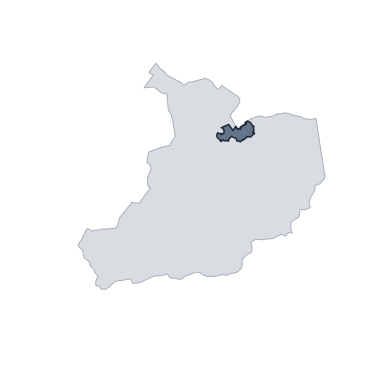 location of Akobo, Jonglei, South Sudan, rotated 306°
{"feature_id": "79223893B55602707979350", "entity_name": "Akobo", "entity_type": "district", "adm_level": 2, "iso_a3": "SSD", "parent_name": "South Sudan", "parent_adm1": "Jonglei", "projection": "orthographic", "projection_center": [33.191, 7.816], "detail": "fine", "context": "in_parent", "style": "filled", "palette": "slate", "viewbox_px": 384, "rotation_deg": 306, "n_neighbors": 0, "source": "geoboundaries", "source_scale": "gbopen_adm2", "svg_char_len": 5881}
<svg xmlns="http://www.w3.org/2000/svg" viewBox="0 0 384 384"><g transform="rotate(306 192 192)"><path d="M293.4,279.8L283.6,289.6L282.9,290.2L281.7,291.0L277.7,291.0L273.6,290.5L269.8,288.0L266.0,290.0L263.6,290.6L262.1,290.8L258.7,291.1L253.9,292.2L251.7,293.5L250.6,294.5L249.6,296.4L249.1,296.6L248.2,296.4L247.0,295.6L244.4,294.5L243.1,292.1L241.9,290.6L241.0,289.8L236.9,292.2L234.9,292.8L233.3,292.7L230.3,291.3L227.1,290.2L225.4,290.2L222.9,291.6L220.0,293.8L218.6,295.9L217.8,297.2L216.8,295.2L215.9,294.0L214.5,293.5L211.8,294.0L211.1,293.3L211.0,291.6L210.6,290.0L209.9,288.9L207.8,287.7L202.4,285.3L198.2,280.5L196.1,278.3L194.6,276.9L192.5,273.2L190.0,270.6L187.0,269.4L185.0,270.0L183.0,272.7L179.1,275.2L177.4,275.3L175.1,273.9L172.3,272.9L167.2,272.4L165.1,273.6L162.3,275.5L160.0,276.7L158.5,276.8L157.2,276.3L155.7,276.0L154.3,276.0L151.6,274.1L150.2,272.8L149.3,271.5L147.8,270.6L146.0,269.9L144.7,268.7L144.1,267.3L143.1,265.5L141.8,263.9L137.7,260.9L136.4,259.1L135.6,257.4L133.9,255.5L132.1,253.0L131.6,249.4L131.5,246.4L131.2,245.1L130.4,243.7L129.5,242.5L128.1,241.2L124.8,239.3L121.3,237.0L119.6,235.7L116.5,235.2L114.6,234.0L113.0,231.2L112.4,229.0L110.9,227.2L110.2,226.0L109.8,224.6L111.2,220.2L109.3,218.7L106.6,216.6L104.7,214.4L103.5,212.4L100.1,209.7L92.5,205.6L88.1,203.0L85.7,200.7L83.7,198.4L83.5,197.5L84.9,195.3L85.1,193.5L84.0,191.5L79.5,187.6L76.0,183.3L73.2,182.0L66.6,180.7L64.8,180.2L62.8,179.4L60.9,177.4L60.2,175.2L61.3,171.7L60.7,170.6L59.6,170.2L59.9,169.5L61.2,167.8L63.3,166.7L68.8,165.1L69.1,164.4L69.3,162.2L69.7,161.1L71.7,158.1L72.0,156.9L72.1,154.3L72.4,153.0L73.0,152.2L74.5,150.7L75.1,149.8L75.3,147.8L75.3,143.8L76.1,142.3L79.6,138.7L80.6,137.1L80.9,135.7L80.9,134.2L81.2,132.8L82.2,131.4L83.1,131.0L85.6,130.6L87.4,130.9L99.5,128.7L100.9,129.0L101.5,130.5L101.4,132.8L101.6,134.0L102.2,134.8L104.1,135.9L105.4,137.8L106.1,138.5L108.0,139.8L116.8,150.6L119.3,151.6L121.8,151.3L126.7,149.1L129.2,148.6L146.4,149.5L148.3,149.2L151.0,154.6L152.2,155.8L171.1,156.1L170.7,154.6L171.0,152.9L174.4,149.7L174.8,149.3L177.8,147.7L180.6,146.7L186.1,145.6L188.1,143.6L189.3,141.9L189.3,138.4L190.1,137.9L191.4,137.1L197.7,134.0L198.8,133.4L210.0,140.7L216.2,146.4L216.6,146.7L216.9,146.8L217.2,146.6L217.5,146.3L218.3,146.1L221.0,146.0L226.1,145.8L227.7,145.1L238.0,135.0L240.6,131.7L241.3,131.1L242.8,128.8L244.4,124.8L244.7,124.3L255.9,114.8L256.3,114.1L256.4,113.5L254.7,110.3L254.3,108.7L254.3,106.1L254.6,102.2L254.5,99.8L254.4,99.1L248.1,92.0L263.8,91.9L263.8,91.0L263.8,90.8L263.5,89.9L263.3,88.8L263.3,88.2L263.4,87.6L263.4,87.3L263.4,87.0L263.4,86.9L274.7,86.9L274.6,88.9L273.2,93.6L273.2,96.4L272.9,99.6L272.5,100.5L271.9,101.3L271.7,101.6L271.7,102.0L274.1,119.9L273.9,120.6L273.3,121.7L273.1,122.1L273.1,122.4L273.3,122.6L278.5,124.5L278.8,124.6L279.0,124.8L280.9,127.1L291.2,135.5L291.5,136.0L292.6,138.6L292.7,139.0L292.7,139.7L292.7,140.2L292.5,141.8L292.5,142.5L292.7,143.0L292.9,143.5L292.8,144.1L291.2,147.2L290.8,149.4L290.6,151.2L290.7,152.3L290.9,152.9L291.0,153.2L291.2,153.3L295.6,153.3L295.6,154.3L296.2,170.5L296.2,172.3L296.1,174.5L295.5,175.4L294.3,176.7L292.7,177.9L288.7,178.2L285.3,178.2L283.0,177.9L279.7,177.8L276.7,178.1L275.5,179.1L271.5,187.6L270.2,189.8L269.9,191.0L270.3,191.8L271.9,192.9L275.3,194.4L279.3,195.3L282.3,195.7L284.3,196.1L285.9,196.6L291.5,200.5L293.3,202.3L294.4,203.9L294.6,205.6L295.4,207.3L300.6,212.7L305.5,215.2L307.4,218.0L309.2,219.4L310.9,220.9L311.9,223.1L314.0,229.6L315.5,233.0L316.9,235.7L317.5,240.2L318.7,242.2L319.9,244.7L321.9,246.9L324.0,248.6L324.4,249.0L303.1,270.1L293.4,279.8Z" fill="#d9dde1" stroke="#a8b0b8" stroke-width="1"/><path d="M275.1,208.1L276.1,208.1L276.8,207.1L276.1,206.2L278.8,205.6L279.7,203.8L281.0,203.8L281.6,203.3L281.1,202.4L282.6,198.6L281.7,195.0L281.5,194.9L281.4,194.8L281.5,194.8L281.4,194.7L281.2,194.7L281.0,194.8L280.9,194.8L280.8,195.0L280.7,194.9L280.6,194.7L280.4,194.7L280.1,194.5L280.1,194.8L279.9,195.0L279.9,194.9L279.7,195.0L279.6,194.9L279.6,195.0L279.4,195.1L279.3,194.9L279.2,194.9L279.1,195.0L279.1,194.9L279.0,195.0L278.9,195.1L278.7,195.1L278.7,195.3L278.4,195.2L278.3,195.3L278.2,195.4L278.2,195.5L278.3,195.5L278.2,195.5L278.1,195.4L278.0,195.5L277.9,195.6L277.7,195.6L277.6,195.4L277.5,195.2L277.4,195.1L277.5,195.2L277.3,195.2L277.2,195.2L277.2,195.3L277.2,195.2L277.2,194.9L277.0,195.0L276.9,194.9L277.0,194.8L277.0,194.7L276.9,194.7L276.8,194.8L276.7,194.9L276.6,194.7L276.8,194.7L276.7,194.6L276.4,194.6L276.3,194.4L276.3,194.5L276.2,194.5L276.2,194.4L276.0,194.2L275.9,194.1L275.7,194.0L275.8,194.0L275.7,194.0L275.6,193.9L275.5,194.0L275.4,194.0L275.2,194.2L274.9,194.1L275.0,194.0L274.9,194.0L274.8,193.9L274.7,193.9L274.4,193.9L274.4,193.7L274.2,193.7L273.9,193.5L273.8,193.4L273.8,193.5L273.7,193.6L273.4,193.7L273.3,193.8L273.2,193.8L273.2,193.7L273.0,193.8L273.0,193.7L272.9,193.7L272.8,193.8L272.7,193.8L272.3,193.9L272.5,193.7L272.4,193.6L272.2,193.5L272.2,193.4L272.0,193.5L271.9,193.6L271.7,193.6L271.4,193.6L271.2,193.7L271.1,193.4L271.1,193.2L270.9,193.0L270.8,192.9L270.7,192.8L270.5,192.6L270.4,192.4L270.3,192.2L270.1,192.1L270.0,191.8L270.0,191.7L269.9,191.7L270.0,191.6L270.1,191.3L270.3,191.3L270.3,191.2L270.1,191.0L270.1,190.8L270.0,190.7L269.9,190.7L270.0,190.5L270.0,190.4L270.1,190.2L269.9,190.0L270.0,189.9L270.2,189.7L270.3,189.6L270.6,189.6L270.8,189.5L270.9,189.4L270.9,189.2L270.8,188.9L265.9,188.9L268.2,181.9L261.5,178.1L261.2,179.9L261.2,181.2L258.4,183.3L257.8,183.4L256.2,180.9L255.6,181.5L255.0,178.0L252.7,178.5L251.1,180.0L250.7,182.0L250.7,183.8L249.9,184.9L250.1,186.0L251.7,185.8L252.8,188.6L254.4,190.5L254.4,191.5L254.7,191.6L255.9,190.8L260.1,191.1L261.1,196.0L261.0,196.7L259.6,198.5L261.0,199.5L260.8,201.5L263.7,202.3L264.2,202.0L264.4,203.1L268.4,204.2L269.0,203.7L271.0,207.2L275.1,207.7L275.1,208.1Z" fill="#64748b" stroke="#1e293b" stroke-width="1.5"/></g></svg>